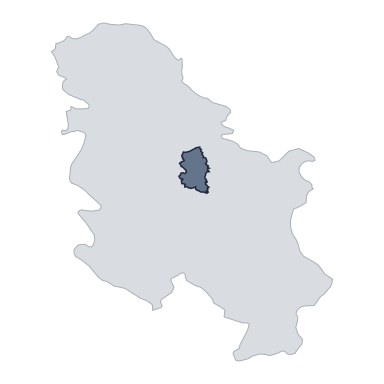 Podunavski on a map of Republic of Serbia (Natural Earth projection)
{"feature_id": "SRB-831", "entity_name": "Podunavski", "entity_type": "District", "adm_level": 1, "iso_a3": "SRB", "parent_name": "Republic of Serbia", "parent_adm1": "", "projection": "natural_earth1", "projection_center": [20.92, 44.453], "detail": "fine", "context": "in_parent", "style": "filled", "palette": "slate", "viewbox_px": 384, "rotation_deg": 0, "n_neighbors": 0, "source": "natural_earth", "source_scale": "10m", "svg_char_len": 6514}
<svg xmlns="http://www.w3.org/2000/svg" viewBox="0 0 384 384"><path d="M221.7,138.1L232.8,141.3L237.8,144.2L240.5,148.1L247.5,150.7L259.0,151.9L267.0,155.9L271.5,162.6L278.9,161.0L289.0,151.1L298.9,148.5L308.8,153.2L314.1,157.1L315.1,160.2L312.8,161.4L307.3,160.8L302.8,162.7L299.4,167.1L298.9,171.7L301.4,176.7L304.9,180.1L309.4,182.0L311.8,184.6L312.1,187.9L313.3,188.8L310.7,190.3L308.0,192.5L306.4,196.4L306.1,202.7L297.4,207.7L294.1,208.6L292.6,211.8L290.4,221.1L290.7,228.1L291.9,231.6L292.5,234.5L295.3,238.0L297.9,243.5L299.7,250.7L303.5,256.2L313.2,261.7L318.1,264.9L321.7,269.5L324.4,273.7L332.5,279.2L331.9,283.2L330.2,287.1L328.4,288.9L324.4,293.9L320.5,296.7L314.2,305.5L304.0,306.0L301.6,306.7L297.8,309.1L295.9,313.5L297.8,317.0L297.6,320.6L295.8,327.5L298.3,334.9L301.9,338.3L302.5,340.3L301.9,343.8L296.6,350.8L295.0,353.5L289.6,354.7L287.8,354.1L285.0,351.6L282.5,350.9L276.1,353.8L269.6,355.6L264.5,354.2L259.4,354.0L255.9,355.2L253.3,355.7L248.1,358.7L239.8,361.0L236.0,360.5L234.6,357.6L233.0,353.5L233.7,351.6L239.2,348.4L239.8,345.3L247.5,330.4L248.9,325.6L249.0,324.0L247.0,322.9L242.8,323.0L224.1,316.9L225.0,310.0L219.5,306.3L213.6,303.0L212.6,299.2L206.0,291.7L201.2,287.5L195.1,285.4L189.9,282.4L186.7,280.5L185.3,277.0L185.3,274.9L183.7,272.9L181.2,273.1L176.9,275.9L171.6,278.3L170.7,280.1L172.6,284.2L173.9,286.8L173.3,289.3L171.6,292.5L161.4,299.5L160.3,302.0L162.2,305.9L161.0,307.7L152.4,310.3L152.7,308.2L152.2,304.7L147.3,301.0L140.4,298.2L125.1,288.4L119.2,287.1L114.0,286.0L106.5,281.3L102.6,280.5L98.3,277.1L89.0,265.9L81.1,259.7L75.7,256.6L74.2,253.6L73.9,250.5L74.1,249.4L78.2,245.0L81.4,244.4L85.5,244.3L88.1,246.5L91.6,247.0L93.6,244.1L94.7,240.0L94.2,234.8L85.8,222.6L78.6,214.1L77.8,212.2L79.4,210.6L81.9,209.8L84.6,210.5L91.7,211.1L98.5,210.3L100.9,208.3L100.9,205.5L98.4,202.9L90.5,195.9L84.3,189.8L77.1,185.1L71.7,183.2L70.1,180.8L69.4,178.2L70.1,173.5L70.4,167.6L71.8,163.8L76.7,156.8L81.4,149.3L84.3,142.1L85.9,135.4L85.3,133.5L82.9,132.0L77.8,130.6L70.6,131.9L64.6,134.3L62.2,134.5L61.4,131.5L62.4,130.2L64.3,130.3L65.8,130.9L67.5,129.5L68.5,125.5L66.1,111.5L70.7,110.2L70.8,108.2L71.2,106.4L75.8,108.8L82.4,108.9L88.2,108.4L89.1,107.0L89.0,105.0L87.8,103.4L85.8,102.2L84.3,100.2L80.4,99.4L68.3,94.3L62.4,89.0L62.6,83.3L64.4,80.2L66.5,79.1L65.9,78.0L59.0,75.4L56.6,71.7L58.7,67.0L55.2,57.5L51.5,51.6L55.2,49.0L55.7,45.4L56.0,43.4L57.6,43.4L63.5,41.0L65.7,39.0L66.9,36.7L68.4,36.1L72.3,38.6L76.5,38.8L81.2,37.3L84.7,35.1L89.0,33.3L90.9,32.0L93.3,30.0L98.3,24.2L103.9,23.0L111.4,24.5L119.4,25.0L125.5,23.7L140.8,25.4L144.1,26.7L146.2,28.2L150.2,33.2L154.0,39.6L159.4,42.6L165.8,46.1L169.0,48.7L173.8,56.4L177.7,60.2L178.9,60.0L180.2,59.0L181.1,58.2L182.1,58.9L182.1,61.3L182.4,66.5L181.5,72.0L182.8,77.2L182.9,78.8L181.9,80.3L182.0,81.7L183.4,83.1L188.6,86.6L193.4,91.9L198.9,95.6L204.0,98.0L207.3,98.2L212.6,102.5L223.1,105.6L226.5,106.7L228.8,108.5L230.5,110.5L230.6,112.7L229.0,113.8L226.7,116.8L225.8,120.4L224.1,121.3L222.4,121.4L221.2,122.5L221.5,124.0L222.9,125.5L225.1,126.9L229.3,128.2L233.4,130.2L233.4,131.8L232.5,133.5L227.3,134.1L223.4,134.4L221.6,135.1L221.7,138.1Z" fill="#d9dde1" stroke="#a8b0b8" stroke-width="1"/><path d="M183.4,152.0L185.5,152.4L189.4,151.4L196.6,147.6L199.8,147.1L199.8,148.0L200.0,148.8L200.5,149.2L201.3,149.3L201.1,149.7L200.9,150.7L200.8,151.1L201.3,151.5L202.3,152.4L202.7,152.8L201.8,153.8L203.3,155.9L203.1,157.5L204.5,157.5L205.3,157.7L205.8,158.2L206.4,159.4L206.8,160.7L206.9,161.8L206.4,162.6L205.5,163.5L205.5,164.0L206.5,164.3L207.0,165.3L207.3,166.1L207.8,165.8L208.2,165.8L208.1,166.2L207.8,167.6L208.3,167.7L208.6,167.9L208.8,168.0L209.2,168.2L208.7,168.4L208.5,168.5L208.3,168.6L207.8,168.2L207.3,170.0L208.0,170.3L208.5,170.6L208.9,171.1L209.2,171.7L207.3,171.8L206.2,172.6L205.8,173.8L205.5,175.3L205.1,176.3L204.9,176.8L204.8,177.3L205.0,178.2L205.4,178.7L205.9,179.0L206.3,179.5L205.9,180.6L207.0,181.2L207.2,181.9L206.7,182.4L205.5,182.3L205.5,182.9L205.9,182.9L205.9,183.5L205.5,183.5L205.5,184.1L206.4,184.6L207.7,186.6L208.8,187.0L208.8,187.6L207.3,188.2L207.3,188.8L207.6,189.2L207.8,189.5L207.6,189.8L207.3,190.5L207.5,190.7L207.6,190.8L207.8,191.2L206.4,191.2L207.8,192.4L207.1,192.6L206.8,193.3L206.4,193.2L206.0,192.9L205.9,192.8L205.7,192.6L205.3,192.5L205.1,192.5L204.4,192.4L204.2,192.4L203.8,192.2L203.5,192.0L203.3,191.9L203.2,191.9L202.9,191.9L202.4,192.1L202.2,192.1L201.5,192.0L200.8,192.0L200.1,191.6L198.7,190.7L198.4,190.6L197.7,190.5L197.1,190.3L196.8,190.1L196.3,189.7L195.9,189.4L195.7,189.1L195.6,188.9L195.5,188.0L195.5,186.9L194.2,187.5L193.9,187.6L193.4,187.8L192.8,188.0L192.6,188.0L191.8,188.1L191.5,188.2L191.0,188.4L190.8,188.4L190.6,188.4L190.4,188.4L189.9,188.1L189.7,188.0L189.4,187.9L189.2,187.9L188.9,187.9L188.6,187.9L188.4,187.7L188.0,187.4L187.7,187.1L187.4,187.0L187.1,186.9L186.9,186.8L186.6,186.8L186.4,186.8L185.7,187.0L184.8,187.0L184.8,186.5L184.8,186.3L184.6,185.7L184.7,185.4L184.8,185.3L185.1,185.0L185.3,184.8L185.3,184.7L185.3,184.4L185.2,184.4L185.0,184.2L184.8,184.1L184.3,183.9L184.1,183.9L183.1,183.7L181.8,183.6L181.8,183.0L181.8,182.7L181.7,182.3L181.6,182.1L181.5,181.8L181.4,181.5L181.4,181.3L181.4,181.1L181.5,180.8L181.5,180.7L182.3,180.0L182.7,179.7L182.8,179.5L182.9,179.4L182.9,179.2L182.6,178.9L182.4,178.8L182.1,178.8L181.9,178.8L181.3,179.0L181.1,179.0L180.9,179.0L180.7,178.9L180.5,178.7L179.8,177.9L179.4,177.4L179.2,177.0L179.1,176.8L179.1,176.6L179.0,176.3L179.1,176.2L179.3,175.8L179.7,175.5L180.3,175.1L180.4,174.9L180.5,174.7L180.7,173.8L180.7,173.6L180.8,173.4L181.0,173.2L181.7,173.0L182.1,172.8L182.3,172.8L182.6,172.8L182.9,172.8L183.1,172.8L183.3,172.9L184.5,173.4L184.7,173.5L184.9,173.5L185.0,173.4L185.4,173.2L186.2,172.3L186.3,172.1L186.4,171.9L186.4,171.6L186.3,171.4L186.3,171.2L186.2,171.1L185.8,170.6L185.5,170.1L185.4,169.7L185.2,169.3L185.0,169.1L184.8,169.0L184.0,168.4L182.9,167.2L182.3,166.9L181.8,166.7L181.4,166.6L181.2,166.4L180.9,166.0L180.9,165.8L180.9,165.2L180.8,164.8L180.3,164.3L179.5,163.4L179.7,163.1L180.4,162.7L180.5,162.6L181.0,162.2L181.3,161.9L182.1,161.6L182.6,161.4L182.8,161.3L183.6,161.2L183.8,161.1L184.1,160.9L184.2,160.6L184.1,160.4L183.8,159.8L183.8,159.6L183.7,159.5L183.6,159.4L183.4,159.2L182.9,159.0L182.8,158.9L182.6,158.8L182.5,158.7L182.4,158.5L182.5,158.3L182.6,158.2L182.8,157.9L182.7,157.6L182.6,157.3L182.5,157.0L182.0,156.6L181.9,156.4L181.8,156.2L181.8,155.8L181.8,155.4L181.9,155.2L182.0,155.0L182.3,154.8L183.4,152.0Z" fill="#64748b" stroke="#1e293b" stroke-width="1.5"/></svg>